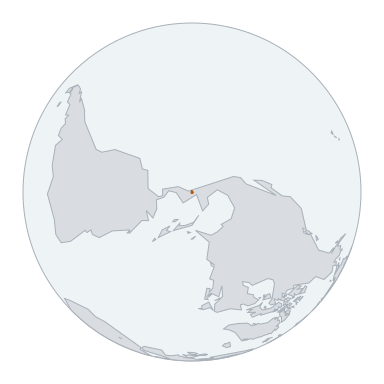 Intibucá on an orthographic globe, rotated 142°
{"feature_id": "HND-648", "entity_name": "Intibucá", "entity_type": "Department", "adm_level": 1, "iso_a3": "HND", "parent_name": "Honduras", "parent_adm1": "", "projection": "orthographic", "projection_center": [-88.241, 14.258], "detail": "medium", "context": "on_globe", "style": "filled", "palette": "amber", "viewbox_px": 384, "rotation_deg": 142, "n_neighbors": 0, "source": "natural_earth", "source_scale": "10m", "svg_char_len": 8610}
<svg xmlns="http://www.w3.org/2000/svg" viewBox="0 0 384 384"><g transform="rotate(142 192 192)"><circle cx="192" cy="192" r="169" fill="#eef3f6" stroke="#a8b0b8"/><path d="M221.2,208.8L217.2,207.2L213.5,212.4L199.5,204.7L194.2,194.8L149.8,178.7L144.9,173.5L144.4,165.1L127.8,137.4L135.9,163.2L129.7,158.0L124.5,148.7L127.1,146.6L123.2,133.2L117.5,127.9L116.0,111.7L125.1,92.3L127.1,95.4L129.1,90.9L126.6,86.9L124.6,85.4L128.0,68.3L121.6,59.4L114.5,60.9L120.1,57.7L103.1,64.1L96.4,64.5L107.1,61.6L110.7,59.5L107.7,58.2L110.7,55.8L110.9,54.0L114.8,51.5L120.8,50.6L123.3,49.2L121.1,48.4L123.5,45.8L126.4,47.1L130.9,42.8L141.8,41.7L146.6,49.2L155.8,48.3L169.1,55.8L171.0,53.7L177.3,56.0L181.9,54.5L183.1,56.8L185.7,53.8L183.8,52.1L184.3,50.3L186.8,49.4L188.7,52.0L187.7,52.8L189.6,53.2L189.5,54.9L191.0,53.6L193.0,57.2L194.8,52.5L199.5,54.5L199.8,57.2L194.9,58.3L183.4,69.0L182.2,73.0L185.5,77.1L202.0,81.3L202.8,85.5L207.3,90.2L209.2,86.9L206.3,82.2L210.9,77.9L206.8,73.2L208.1,70.9L205.8,66.0L211.4,65.5L218.1,67.8L220.3,72.0L223.3,73.3L225.6,68.6L233.7,76.4L246.3,81.7L247.8,84.2L243.1,89.6L232.2,90.8L226.1,99.8L235.4,93.0L239.1,100.1L242.0,101.0L244.9,100.3L245.6,97.3L248.0,99.8L239.6,107.0L237.3,104.8L240.0,102.4L234.9,103.3L229.3,109.1L231.6,112.7L220.7,119.2L222.2,122.0L220.7,125.3L219.0,120.2L221.8,129.8L209.3,141.8L212.9,159.6L203.6,146.2L196.7,145.0L188.6,145.7L189.0,148.5L177.7,146.8L168.2,153.2L165.9,167.4L170.7,178.2L183.2,178.3L186.4,172.1L195.3,170.6L190.0,187.2L205.7,188.9L204.8,201.2L209.5,207.3L217.1,205.2L225.0,207.7L230.2,200.3L238.8,195.7L239.5,205.6L243.9,196.1L248.9,200.4L265.7,198.2L264.6,200.6L278.8,210.4L293.2,213.2L296.6,219.7L295.0,224.4L299.7,224.7L299.8,227.6L317.9,227.9L326.3,232.5L325.5,242.3L317.3,255.3L307.2,279.4L291.7,289.6L286.0,298.8L270.8,312.8L261.7,313.3L262.5,318.7L255.9,322.8L249.5,323.8L246.9,327.8L242.0,328.4L244.2,330.6L234.3,336.1L234.7,339.7L227.0,343.7L227.5,345.5L225.3,345.7L222.5,346.6L221.5,347.7L215.8,346.3L216.4,341.8L220.1,339.2L217.3,339.0L225.4,332.0L221.6,333.6L226.1,323.0L233.2,313.4L241.3,284.6L238.6,278.9L226.6,272.8L212.4,250.6L216.9,240.7L213.5,236.3L224.5,221.7L221.2,208.8ZM44.4,154.0L45.4,150.1L45.9,152.9L44.4,154.0ZM45.4,147.6L45.2,148.9L45.2,147.8L45.4,147.6ZM44.9,146.6L45.3,147.3L44.8,146.9L44.9,146.6ZM44.2,145.8L44.7,146.1L44.2,145.8ZM212.6,165.7L230.5,173.1L220.9,174.9L222.6,173.1L218.0,169.9L209.5,167.1L200.9,169.5L212.6,165.7ZM43.6,143.4L43.5,142.7L44.0,142.5L43.6,143.4ZM219.3,155.3L216.3,154.9L219.2,154.6L219.3,155.3ZM123.1,85.3L126.3,87.1L127.4,91.8L124.4,90.5L123.1,85.3ZM121.5,77.1L123.8,77.0L121.4,81.3L120.9,80.0L121.5,77.1ZM108.7,62.9L110.7,63.6L107.7,63.8L108.7,62.9ZM110.3,54.3L108.8,54.9L109.5,53.7L110.3,54.3ZM202.9,66.7L204.3,66.4L204.0,67.5L202.9,66.7ZM200.5,65.1L199.1,66.6L197.8,66.0L198.7,65.1L200.5,65.1ZM116.1,49.0L117.8,47.2L117.1,48.8L116.1,49.0ZM202.6,63.4L195.6,64.9L193.3,63.9L194.9,59.8L202.6,63.4ZM119.5,46.0L123.6,42.1L120.6,43.1L131.4,38.7L124.3,43.2L123.9,44.9L122.1,44.8L119.5,46.0ZM182.1,51.9L184.2,53.7L180.1,53.1L182.1,51.9ZM179.3,52.0L165.8,53.4L163.8,50.6L168.8,50.5L164.3,47.9L170.0,45.8L173.7,46.8L173.9,48.9L175.9,46.5L179.3,52.0ZM136.7,37.2L138.6,36.3L137.7,37.1L136.7,37.2ZM184.2,49.5L181.6,49.9L179.7,47.4L184.5,46.3L183.6,47.4L184.2,49.5ZM160.4,48.4L159.9,46.6L164.3,44.3L164.7,43.4L170.0,45.5L160.4,48.4ZM185.3,47.5L187.0,45.8L190.1,46.3L186.5,49.0L185.3,47.5ZM177.2,47.4L176.6,46.2L178.5,46.5L177.2,47.4ZM202.4,47.6L199.4,47.7L198.1,46.4L202.4,47.6ZM187.4,45.1L186.3,45.0L185.4,44.6L187.2,43.6L187.4,45.1ZM172.7,43.9L174.7,43.5L170.8,42.9L174.0,41.4L176.9,43.2L177.0,41.9L178.0,41.4L179.3,43.4L172.7,43.9ZM186.4,41.5L191.3,43.7L197.2,43.5L198.4,44.6L188.8,44.8L186.4,41.5ZM182.1,42.4L185.1,42.0L185.2,43.4L183.2,44.5L182.1,42.4ZM175.1,39.9L169.4,41.7L169.0,41.2L175.1,39.9ZM188.1,41.1L186.9,40.6L188.5,40.9L188.1,41.1ZM179.1,39.9L177.1,40.5L176.7,40.0L179.1,39.9ZM186.1,39.2L187.7,39.9L186.4,40.6L186.1,39.2ZM182.9,39.3L182.7,38.5L185.0,40.4L182.1,39.6L182.9,39.3ZM178.9,39.3L178.0,39.2L179.8,39.1L178.9,39.3ZM190.1,36.5L193.3,38.8L190.5,40.2L187.7,37.7L190.1,36.5ZM224.8,349.2L216.0,346.9L221.2,347.9L226.4,345.9L230.4,347.8L224.8,349.2ZM239.4,343.7L244.6,342.1L245.3,342.5L242.0,343.7L239.4,343.7ZM309.7,70.8L307.6,69.0L311.2,72.4L313.3,74.3L316.8,78.2L311.9,73.8L315.4,79.5L327.2,96.5L327.7,100.1L324.8,99.9L313.2,86.1L313.3,79.8L309.2,75.7L302.9,72.0L303.4,70.7L300.9,68.7L300.3,66.5L293.3,59.8L291.8,57.6L283.1,51.8L281.1,50.1L286.9,53.9L290.0,55.6L285.5,51.4L282.9,49.6L277.6,46.4L277.0,46.0L272.5,43.5L268.3,41.3L279.5,47.4L290.1,54.5L300.2,62.2L309.7,70.8ZM267.4,40.8L269.9,42.4L263.7,39.5L257.1,36.4L255.6,36.0L266.3,41.1L270.1,43.0L272.6,44.0L283.4,50.4L286.2,52.7L276.9,47.8L279.9,50.8L271.3,46.3L247.6,34.0L240.8,31.0L242.0,30.6L247.7,32.5L249.2,33.1L251.0,33.7L267.4,40.8ZM193.7,23.0L184.2,23.4L176.3,23.8L177.3,23.7L193.7,23.0ZM170.6,24.4L164.4,25.3L160.7,26.0L170.6,24.4ZM157.5,26.6L157.8,26.5L152.1,27.9L154.4,27.4L154.6,27.4L140.9,32.0L136.5,33.5L132.0,36.2L132.6,36.3L135.6,35.2L131.4,38.7L120.6,43.1L119.8,42.7L113.5,46.2L112.6,45.1L108.9,46.2L111.4,43.8L108.3,45.4L106.2,46.6L100.4,50.0L99.5,50.6L110.6,43.9L117.6,41.0L114.8,41.9L118.1,40.2L118.8,39.8L117.4,40.4L130.4,34.7L143.8,30.1L157.5,26.6ZM359.9,173.0L359.9,173.5L358.0,186.6L355.1,182.1L346.1,163.7L344.8,153.3L340.5,143.4L327.9,100.8L329.8,100.0L325.1,88.2L325.3,88.3L330.9,95.8L331.1,96.0L337.4,106.0L343.1,116.4L348.0,127.2L352.2,138.3L355.6,149.7L358.1,161.3L359.9,173.0ZM337.6,119.6L339.2,122.6L337.6,119.6ZM266.2,198.0L268.3,199.7L265.7,200.0L266.2,198.0ZM219.9,179.0L223.5,179.0L225.5,180.4L222.8,181.1L219.9,179.0ZM249.8,176.8L253.8,177.3L249.8,178.5L249.8,176.8ZM233.3,174.0L246.6,176.8L238.7,180.5L230.2,178.8L235.9,177.5L233.3,174.0ZM218.2,161.2L220.6,161.8L220.1,163.6L218.2,161.2ZM221.5,155.2L220.6,155.4L219.3,154.0L221.5,155.2ZM239.6,99.6L240.3,99.1L243.5,99.0L242.3,100.4L239.6,99.6ZM255.3,92.1L258.8,96.3L255.5,94.0L254.6,96.4L246.6,94.9L248.1,85.4L248.9,89.8L255.3,92.1ZM236.3,91.1L241.2,92.6L235.8,91.3L236.3,91.1ZM287.3,61.5L289.2,61.7L292.4,64.3L294.3,68.5L289.6,64.6L287.3,61.5ZM291.0,61.6L281.2,56.3L279.6,54.0L282.2,56.1L282.1,55.0L286.2,58.3L294.3,61.7L297.7,64.4L299.3,69.8L296.9,66.3L295.3,66.1L291.0,61.6ZM258.9,51.5L254.7,50.4L256.8,46.5L260.5,48.1L262.7,51.9L259.5,52.4L258.9,51.5ZM206.6,56.3L204.8,57.0L204.3,56.2L205.4,54.9L206.6,56.3ZM201.1,47.7L213.8,52.7L212.4,53.7L221.5,56.1L221.4,59.6L215.5,57.8L222.3,62.7L216.9,62.5L221.9,65.7L208.8,61.3L204.2,61.7L209.3,59.8L209.5,56.4L208.3,55.1L201.2,51.9L191.6,51.7L190.2,48.7L191.9,46.7L194.0,46.3L194.2,48.3L196.9,46.4L198.8,48.9L201.1,47.7ZM211.7,31.6L211.1,32.9L216.8,31.7L218.8,33.3L219.3,33.0L222.7,34.4L227.7,35.7L227.9,36.5L229.7,36.7L232.0,37.8L234.7,38.4L235.9,40.3L239.2,41.3L237.9,41.6L243.3,43.0L239.8,42.8L242.4,44.5L244.4,43.8L244.5,54.5L247.2,59.9L251.4,64.7L244.9,64.5L236.8,60.1L228.9,54.4L227.2,49.5L224.5,50.6L222.9,48.7L225.7,48.6L220.5,47.6L219.9,46.1L212.9,42.5L205.7,42.5L203.0,41.4L205.5,40.7L201.0,40.1L203.9,38.1L202.0,37.4L203.0,34.9L208.9,34.3L206.4,33.6L207.0,32.0L211.7,31.6ZM190.6,35.7L197.3,34.1L201.6,34.4L198.2,38.6L199.5,39.6L197.4,42.8L191.1,42.5L192.3,41.6L192.0,40.6L194.1,41.1L192.2,40.0L193.7,38.7L192.7,37.7L195.1,37.4L190.6,35.7ZM322.9,85.1L322.6,84.8L322.3,84.5L322.9,85.1ZM318.8,81.2L318.0,80.1L321.7,84.1L322.1,84.8L318.8,81.2ZM314.5,76.3L317.7,79.7L316.2,78.2L314.5,76.3ZM285.8,52.9L284.6,51.8L285.7,52.4L287.8,53.9L285.8,52.9ZM229.2,30.0L228.1,30.3L227.0,30.0L222.0,29.8L220.2,28.8L222.5,28.6L229.2,30.0ZM226.4,29.0L224.5,28.9L224.7,28.5L226.4,29.0ZM218.6,28.2L218.3,27.6L219.4,28.7L218.6,28.2ZM225.4,26.4L225.7,26.4L217.6,25.1L208.1,23.9L217.1,24.9L221.9,25.7L225.4,26.4ZM187.3,23.2L186.4,23.5L184.2,23.5L184.1,23.4L187.3,23.2ZM188.6,23.3L192.3,23.6L190.1,23.8L187.6,23.5L188.6,23.3ZM209.6,25.3L212.4,25.5L212.2,25.8L209.6,25.3ZM137.3,36.4L138.5,36.3L136.6,36.9L137.3,36.4ZM156.0,27.1L155.9,27.3L153.6,27.8L156.0,27.1ZM154.2,28.2L156.9,27.5L154.7,28.2L154.2,28.2ZM162.6,26.1L158.2,27.2L161.5,26.2L162.6,26.1Z" fill="#d9dde1" stroke="#a8b0b8" stroke-width="1"/><path d="M191.3,192.9L191.4,192.7L191.5,192.7L191.8,192.4L191.7,192.2L191.8,192.2L191.7,192.1L191.5,191.9L191.5,191.7L191.4,191.7L191.3,191.4L191.5,191.4L191.7,191.2L191.8,191.1L191.7,190.9L191.9,190.8L192.2,190.8L192.3,190.8L192.5,190.8L192.8,191.0L193.0,191.2L193.0,191.3L193.1,191.5L192.9,191.6L192.8,191.8L192.7,191.9L192.7,192.0L192.4,192.1L192.2,192.3L192.1,192.5L192.1,192.8L191.9,193.0L191.7,193.1L191.4,193.1L191.3,192.9L191.3,192.9Z" fill="#f59e0b" stroke="#b45309" stroke-width="1.5"/></g></svg>